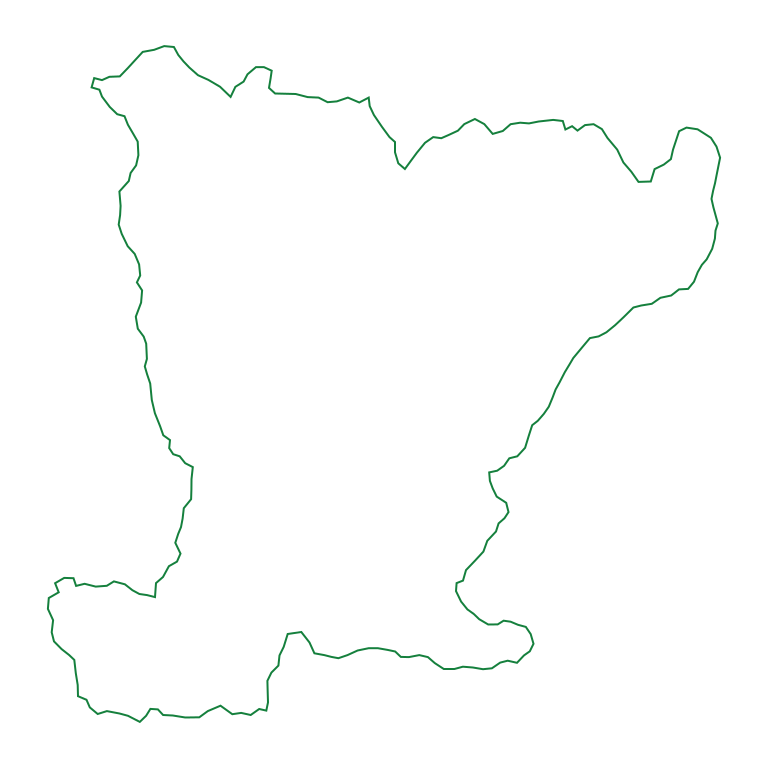 Atibaia, São Paulo, Brazil (orthographic projection)
{"feature_id": "56859067B27497144633618", "entity_name": "Atibaia", "entity_type": "district", "adm_level": 2, "iso_a3": "BRA", "parent_name": "Brazil", "parent_adm1": "São Paulo", "projection": "orthographic", "projection_center": [-46.586, -23.13], "detail": "fine", "context": "isolated", "style": "outline", "palette": "green", "viewbox_px": 768, "rotation_deg": 0, "n_neighbors": 0, "source": "geoboundaries", "source_scale": "gbopen_adm2", "svg_char_len": 3597}
<svg xmlns="http://www.w3.org/2000/svg" viewBox="0 0 768 768"><path d="M716.5,146.6L710.9,137.8L704.2,133.5L697.6,129.3L686.5,127.6L679.1,131.2L675.8,141.2L673.0,149.7L670.9,159.1L663.8,164.6L654.6,169.1L650.8,181.5L638.5,181.9L631.3,171.7L623.4,162.5L617.2,149.6L607.5,138.0L601.9,129.1L593.6,124.2L585.0,125.1L577.5,130.6L572.1,126.2L565.4,129.5L562.8,121.0L553.2,119.9L538.7,121.5L529.0,123.4L520.2,122.7L510.6,124.2L502.8,131.0L492.7,133.9L484.3,124.1L474.9,119.0L464.3,124.1L457.9,130.7L448.4,135.1L441.3,138.2L433.2,137.1L425.0,142.8L416.8,152.8L410.9,160.8L404.9,169.0L398.3,163.3L395.0,152.3L395.0,142.0L389.5,137.1L382.0,126.9L373.9,115.0L369.7,106.1L368.7,97.6L359.3,102.5L347.9,97.6L336.8,101.4L327.6,102.2L318.6,97.6L307.7,97.1L295.7,94.0L275.1,93.5L269.0,87.9L270.6,78.3L271.7,70.7L263.9,67.1L256.0,67.1L247.5,74.3L243.6,81.6L235.4,86.8L230.6,96.9L220.1,86.8L208.4,79.9L198.0,75.2L189.3,67.5L183.5,61.4L178.3,55.0L173.9,47.0L164.2,46.1L154.2,49.8L142.7,51.9L135.6,59.6L128.0,67.9L119.8,76.4L109.4,76.8L102.0,80.1L94.2,78.1L91.6,87.4L99.4,89.7L102.0,96.6L109.8,107.0L117.2,114.2L124.5,116.2L127.9,124.7L133.1,133.6L137.7,141.6L138.4,155.2L136.1,165.4L130.6,173.0L128.8,181.0L119.4,191.5L120.6,205.9L120.1,215.1L118.7,224.6L121.7,233.8L127.7,246.2L134.7,253.9L139.1,264.4L140.2,275.5L136.9,282.4L142.1,290.4L141.1,302.6L135.8,316.7L137.8,328.7L143.7,336.6L146.2,343.7L146.9,358.9L144.8,366.4L147.1,374.3L150.2,383.5L151.8,400.0L154.9,413.2L160.1,426.2L163.3,435.3L170.0,440.1L169.2,448.1L173.2,454.2L179.7,456.3L185.2,463.2L192.8,467.1L191.5,479.2L191.4,489.7L191.1,499.2L183.8,508.2L182.6,518.7L181.0,527.1L178.2,533.9L175.3,542.8L180.5,553.6L177.0,561.6L168.9,566.2L163.0,577.0L156.0,583.1L155.0,597.1L147.1,595.1L139.4,594.0L132.4,590.2L124.9,584.3L113.9,581.4L106.8,585.8L95.7,586.6L84.6,583.8L76.1,585.9L73.5,578.2L64.2,577.9L55.1,583.2L58.7,592.3L48.8,598.0L47.9,608.9L53.1,620.2L51.7,632.3L54.0,641.4L61.6,649.1L69.1,655.0L74.3,659.9L75.8,673.2L77.7,685.0L78.0,696.2L86.5,699.8L89.8,707.4L97.7,714.0L106.9,711.1L119.5,713.5L128.0,715.8L139.8,721.9L146.1,715.8L150.4,708.9L157.9,709.4L163.1,715.0L172.8,715.5L185.3,717.5L199.3,717.3L207.8,711.1L220.5,705.7L232.3,714.2L241.2,712.9L250.7,715.0L259.2,709.0L266.3,710.6L268.0,702.4L267.7,692.4L267.4,680.8L271.4,672.6L278.4,665.6L279.5,655.4L283.7,646.9L287.7,634.0L301.3,632.0L309.5,642.5L314.4,653.3L324.3,655.1L331.4,656.9L338.4,658.2L347.5,655.1L357.6,650.5L368.7,648.2L377.9,648.2L387.6,649.9L395.2,651.5L400.8,656.9L408.9,657.1L419.3,655.1L427.9,657.1L434.8,663.1L443.8,669.0L454.4,669.0L462.9,666.7L472.9,667.5L483.0,669.2L491.9,668.3L500.2,662.6L507.7,660.7L517.0,662.8L524.0,655.4L529.8,651.3L533.5,643.8L530.7,634.1L525.8,626.9L518.0,624.8L510.6,621.7L503.6,620.7L497.7,624.4L488.2,624.5L479.2,619.2L473.8,614.0L467.4,609.4L461.1,601.6L456.0,591.1L456.6,583.1L463.0,580.6L466.0,570.1L474.9,560.8L483.4,551.6L487.3,540.8L496.0,531.5L498.6,523.4L504.5,518.2L508.5,512.1L506.2,502.8L496.7,496.6L492.7,488.4L489.9,480.9L489.2,472.4L497.2,470.7L504.1,465.8L509.3,458.3L517.3,456.3L525.1,447.8L528.9,435.4L532.2,425.2L537.8,420.8L543.8,413.9L548.8,406.7L552.6,397.5L555.6,389.5L559.6,382.3L564.8,372.2L569.7,364.1L573.3,358.0L582.2,347.3L589.9,338.1L598.6,336.4L606.4,332.3L615.2,325.1L623.7,317.1L633.4,307.5L641.2,305.5L651.8,303.8L660.4,297.8L671.2,295.5L679.0,289.4L688.1,288.9L694.0,281.7L697.7,272.2L701.9,264.8L706.7,259.3L712.2,248.8L714.9,238.6L715.5,230.6L717.8,223.4L713.4,207.3L711.5,198.9L713.1,190.8L715.0,183.3L716.7,174.6L718.6,165.1L720.1,157.7L716.5,146.6Z" fill="none" stroke="#15803d" stroke-width="2"/></svg>